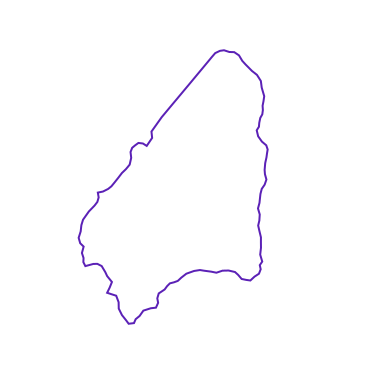 the district of Simões Filho, Bahia, Brazil, rotated 21°
{"feature_id": "56859067B37931035064590", "entity_name": "Simões Filho", "entity_type": "district", "adm_level": 2, "iso_a3": "BRA", "parent_name": "Brazil", "parent_adm1": "Bahia", "projection": "mercator", "projection_center": [-38.397, -12.766], "detail": "fine", "context": "isolated", "style": "outline", "palette": "violet", "viewbox_px": 384, "rotation_deg": 21, "n_neighbors": 0, "source": "geoboundaries", "source_scale": "gbopen_adm2", "svg_char_len": 1715}
<svg xmlns="http://www.w3.org/2000/svg" viewBox="0 0 384 384"><g transform="rotate(21 192 192)"><path d="M219.7,69.6L216.5,63.7L210.7,59.4L204.6,57.5L196.2,53.7L192.0,51.6L186.9,47.6L181.3,46.3L176.7,47.9L171.1,48.2L167.5,50.2L163.9,54.0L162.0,59.3L160.8,62.9L151.5,90.3L142.7,116.0L136.9,133.0L132.5,150.1L135.4,155.8L133.2,165.2L128.8,164.3L124.4,165.4L122.2,168.8L120.3,172.2L120.3,176.7L123.0,181.9L124.0,188.8L122.1,194.4L119.8,199.3L118.0,205.4L116.1,211.4L114.7,215.6L112.6,219.2L108.7,223.5L104.3,226.3L106.8,230.5L107.2,235.2L105.9,239.6L102.7,247.1L100.2,256.9L100.6,262.6L102.2,268.7L102.6,275.4L106.0,279.9L110.4,281.8L111.1,288.4L114.4,292.5L115.7,296.4L119.0,299.4L125.7,294.5L129.4,293.0L134.2,293.5L139.8,297.9L142.9,300.9L149.5,304.7L149.4,310.7L148.9,316.5L153.1,316.3L158.4,316.0L163.0,321.2L165.4,327.1L170.7,332.0L176.3,335.3L180.1,337.7L184.8,335.2L185.0,330.9L187.5,326.5L189.1,320.2L195.2,315.3L199.8,312.9L200.1,307.6L197.7,303.7L197.3,298.6L201.4,292.8L202.5,288.8L204.1,285.2L207.5,282.8L210.6,280.1L212.7,275.8L216.0,270.3L222.2,265.0L227.4,262.0L231.7,261.1L238.4,259.5L243.7,258.6L248.7,254.5L254.3,252.2L260.8,251.3L264.7,252.8L269.5,255.4L274.3,254.6L278.2,253.7L280.7,248.6L283.8,244.3L283.8,239.5L281.5,236.0L282.5,231.8L278.1,226.0L276.4,219.4L274.3,214.1L272.6,209.6L268.8,204.1L265.8,199.6L265.1,194.5L263.3,188.7L259.5,183.7L258.9,178.0L257.7,173.5L256.6,169.3L256.0,164.1L257.2,159.1L257.0,153.7L253.7,149.2L251.9,145.4L250.0,138.8L249.1,132.9L248.2,129.1L247.4,125.2L244.6,121.8L239.2,119.9L233.8,116.3L230.3,111.2L231.1,107.1L230.0,103.3L229.2,98.4L229.8,94.3L228.8,90.1L227.0,86.2L226.2,81.6L225.1,76.7L219.7,69.6Z" fill="none" stroke="#5b21b6" stroke-width="2"/></g></svg>